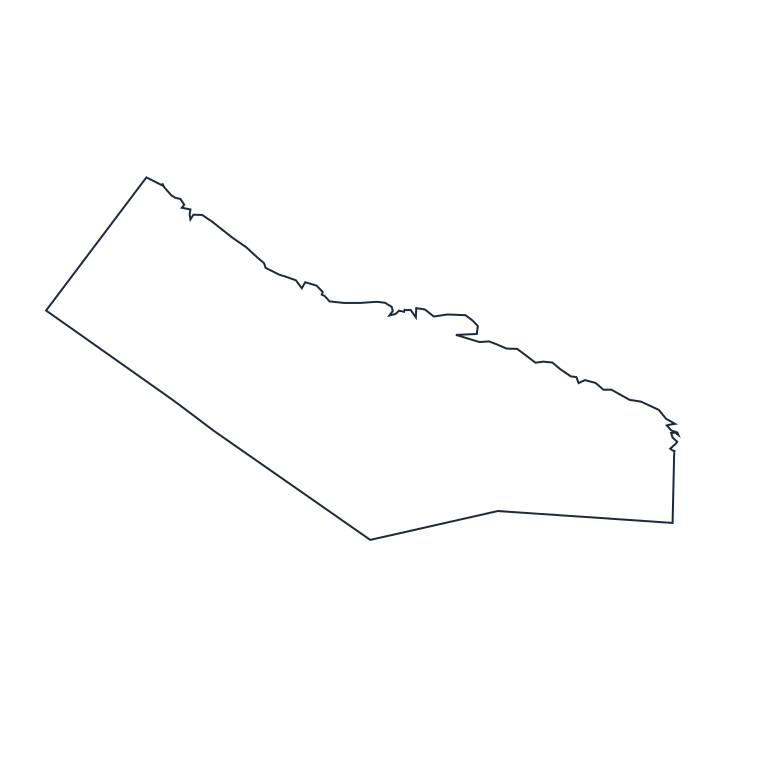 Port Sudan, Red Sea, Sudan (Robinson projection), rotated 307°
{"feature_id": "16777658B42019308608710", "entity_name": "Port Sudan", "entity_type": "district", "adm_level": 2, "iso_a3": "SDN", "parent_name": "Sudan", "parent_adm1": "Red Sea", "projection": "robinson", "projection_center": [37.267, 19.497], "detail": "fine", "context": "isolated", "style": "outline", "palette": "slate", "viewbox_px": 768, "rotation_deg": 307, "n_neighbors": 0, "source": "geoboundaries", "source_scale": "gbopen_adm2", "svg_char_len": 1431}
<svg xmlns="http://www.w3.org/2000/svg" viewBox="0 0 768 768"><g transform="rotate(307 384 384)"><path d="M446.7,698.1L466.9,683.6L501.1,659.0L505.3,656.2L504.6,654.6L504.6,651.5L508.7,652.3L512.2,653.0L514.3,653.0L514.9,646.7L517.7,642.7L520.4,645.9L520.4,649.9L521.8,647.5L519.8,641.2L521.1,634.8L523.2,636.4L527.3,640.4L526.0,630.1L528.7,619.0L524.6,599.9L519.1,589.6L516.3,569.0L511.5,562.7L512.2,552.4L508.0,542.1L501.9,538.9L505.3,533.4L502.5,528.6L501.9,515.9L502.5,505.6L497.7,497.7L492.2,492.2L492.2,484.2L492.2,469.2L486.0,460.5L483.3,449.4L481.2,442.2L475.0,435.1L471.8,426.4L466.5,411.9L479.8,428.0L486.7,424.1L488.0,416.5L488.0,407.7L477.7,392.8L467.9,383.2L468.1,371.7L464.0,364.1L456.4,369.3L459.2,360.6L456.4,357.4L455.7,355.8L453.7,356.6L451.6,351.9L446.8,351.1L442.0,347.1L447.5,347.1L450.2,343.9L449.5,336.0L445.4,328.9L439.2,321.7L434.4,316.2L430.3,310.7L424.8,303.5L417.2,290.8L418.6,283.7L417.9,280.5L420.6,279.7L422.0,271.0L417.9,259.9L411.0,260.7L413.8,251.2L410.3,240.1L408.3,234.6L405.5,219.5L408.3,215.5L408.9,206.0L410.3,191.8L409.6,175.1L410.2,149.0L409.6,137.1L404.5,129.9L398.9,130.4L402.2,126.9L406.9,124.4L403.1,116.5L406.9,116.6L409.3,110.0L407.2,105.6L406.7,100.5L407.5,96.7L408.8,90.4L410.7,86.2L409.2,87.6L406.0,69.9L239.3,69.9L240.2,97.6L244.1,224.5L244.2,237.5L244.2,276.5L251.2,466.8L351.0,551.3L438.0,684.7L443.2,692.7L446.7,698.1Z" fill="none" stroke="#1e293b" stroke-width="2"/></g></svg>